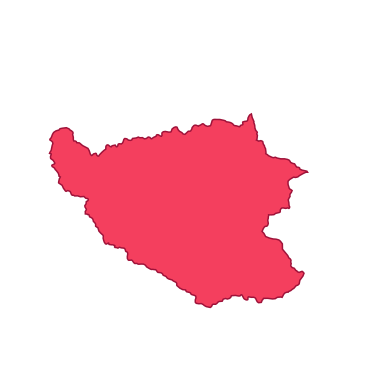 Chincheros, Apurímac, Peru (Albers equal-area conic projection), rotated 314°
{"feature_id": "86281439B64035093047752", "entity_name": "Chincheros", "entity_type": "district", "adm_level": 2, "iso_a3": "PER", "parent_name": "Peru", "parent_adm1": "Apurímac", "projection": "albers", "projection_center": [-73.672, -13.454], "detail": "fine", "context": "isolated", "style": "filled", "palette": "rose", "viewbox_px": 384, "rotation_deg": 314, "n_neighbors": 0, "source": "geoboundaries", "source_scale": "gbopen_adm2", "svg_char_len": 6071}
<svg xmlns="http://www.w3.org/2000/svg" viewBox="0 0 384 384"><g transform="rotate(314 192 192)"><path d="M289.4,180.5L287.7,180.0L286.2,180.2L284.1,180.9L282.7,182.0L281.6,182.3L280.7,182.0L279.5,180.9L277.7,179.9L277.0,180.3L276.2,181.5L275.6,181.7L273.5,180.6L272.4,181.0L271.9,180.8L270.5,178.1L269.3,176.4L269.1,175.6L269.3,173.7L268.8,171.7L267.8,169.9L266.4,168.0L266.3,166.4L265.7,165.2L263.6,161.8L259.5,157.4L258.4,156.9L257.6,156.8L253.3,159.0L252.5,159.2L250.3,157.8L249.8,157.2L249.0,155.2L248.9,152.9L248.5,152.3L247.9,152.0L245.6,151.5L244.7,150.9L243.9,150.9L242.8,148.4L241.9,147.5L241.0,147.2L238.5,147.3L237.2,148.1L235.1,148.6L234.6,148.5L233.1,147.1L228.6,146.9L227.6,145.4L227.7,143.4L227.0,140.9L227.2,138.6L228.2,136.3L228.0,135.7L227.3,134.9L225.8,134.2L223.5,133.9L220.9,135.1L220.4,135.0L219.0,133.8L217.0,130.7L215.4,129.5L213.9,129.3L213.3,129.6L211.8,131.1L210.9,131.3L210.4,130.8L209.8,128.1L209.0,127.1L208.3,126.9L207.0,127.4L204.6,126.4L202.3,126.0L201.9,125.3L202.0,123.8L201.4,122.6L200.7,122.2L198.8,122.0L197.2,120.8L196.7,118.6L194.8,116.8L194.2,115.2L192.2,114.4L189.2,112.0L187.5,112.5L186.4,111.9L185.1,110.2L185.1,108.8L184.7,107.7L183.8,106.5L182.6,106.4L180.5,107.5L178.9,108.0L177.5,107.8L176.1,106.1L175.3,105.7L174.8,105.8L173.6,106.6L172.4,106.6L172.0,106.1L172.4,104.1L169.8,102.4L168.4,102.5L167.8,101.4L167.7,99.3L167.1,98.4L166.7,98.2L166.0,98.1L165.0,98.4L162.9,100.2L160.9,99.8L158.0,99.6L154.4,99.6L153.3,99.9L152.7,99.7L152.4,99.2L152.3,98.2L153.1,96.5L153.0,95.9L151.0,94.7L148.9,94.7L148.4,94.3L148.6,92.6L150.3,89.4L151.1,86.9L149.4,81.1L149.1,76.9L147.4,74.8L147.9,73.7L147.6,72.7L146.6,71.4L147.6,69.8L148.5,69.1L149.4,67.9L150.4,66.2L151.8,65.5L152.3,64.7L152.3,62.8L151.9,61.5L152.0,59.7L151.0,57.0L147.8,54.4L145.9,53.1L143.9,53.2L143.0,52.5L141.2,51.6L138.7,51.1L136.6,51.6L133.3,53.0L131.2,53.1L130.7,53.9L131.1,55.3L131.1,56.8L130.2,58.3L128.5,59.0L124.1,61.8L122.1,62.2L120.8,62.7L121.6,64.2L121.4,64.5L119.0,65.7L117.9,67.1L118.3,70.1L117.7,72.8L117.3,73.4L116.7,73.5L114.0,72.6L113.5,72.9L113.2,73.8L113.7,76.4L113.1,78.2L113.2,79.1L112.7,82.5L111.7,84.6L111.0,85.2L111.4,86.8L110.7,87.1L109.3,87.4L106.3,89.3L105.9,89.8L106.6,93.9L105.4,96.9L104.8,100.4L105.1,101.0L106.8,101.7L107.6,103.6L107.6,104.4L106.4,107.1L106.5,108.1L107.4,109.1L107.7,110.4L109.8,112.4L111.0,115.0L113.7,117.4L113.7,119.9L114.8,121.5L114.7,122.3L114.3,122.9L113.7,123.0L113.1,123.1L111.7,122.6L109.9,124.0L107.7,124.4L106.9,125.4L106.2,128.0L105.2,128.5L103.9,128.7L102.1,130.5L103.2,131.9L103.3,132.7L103.9,133.2L104.0,133.7L103.0,135.6L103.7,137.7L103.7,139.1L103.3,140.1L102.3,141.6L102.4,143.0L102.0,144.9L100.4,146.5L100.9,149.2L99.2,152.2L99.0,154.8L99.1,157.9L98.8,158.7L97.0,160.2L95.7,162.3L94.9,164.0L94.6,165.8L95.1,166.6L97.2,167.3L97.3,167.7L96.8,168.3L96.7,168.8L97.9,170.5L99.0,171.7L99.8,173.6L99.6,174.0L98.7,174.4L98.6,175.1L99.6,176.4L100.2,177.7L101.5,178.0L102.0,178.4L102.6,179.8L104.4,182.1L104.4,183.7L103.4,185.2L103.3,185.8L103.7,186.6L103.6,187.8L102.8,188.8L100.5,190.4L99.2,191.8L98.8,193.4L99.0,194.0L101.1,195.9L101.2,196.9L100.7,199.3L100.9,200.6L102.4,202.0L102.6,203.2L103.1,203.9L104.9,205.5L106.5,207.3L107.0,209.4L106.6,211.3L107.4,214.8L108.0,216.5L109.3,217.7L109.7,218.5L110.8,219.7L110.9,220.5L110.5,222.4L110.5,223.3L112.3,225.7L112.6,226.7L112.6,227.8L112.1,229.1L113.2,231.9L112.9,234.2L113.3,235.7L114.9,238.7L115.0,240.3L115.9,243.2L115.7,244.5L114.4,245.7L114.2,246.2L114.4,250.1L115.3,253.1L117.1,255.4L116.6,256.4L116.5,257.4L118.1,260.1L118.3,261.1L117.9,261.9L118.0,263.0L119.3,265.5L119.7,267.0L118.6,268.4L116.7,269.3L115.2,270.7L114.9,271.2L114.9,272.4L116.4,274.6L118.2,276.2L118.8,278.1L118.9,279.8L119.5,281.9L121.6,285.3L123.1,285.6L125.2,284.9L126.0,285.2L127.7,287.0L129.1,287.3L130.8,287.2L132.0,287.5L134.3,289.5L134.6,289.6L136.5,288.9L137.0,289.1L138.7,290.1L139.6,291.8L141.6,292.9L143.2,293.0L144.8,292.4L147.8,295.1L149.5,297.7L150.4,298.6L151.0,298.8L151.9,298.7L152.4,298.9L152.6,299.6L151.5,303.1L151.4,304.0L152.0,305.9L152.9,306.8L153.4,306.9L154.9,305.6L155.5,305.4L155.8,305.5L157.7,308.1L159.0,309.3L159.5,310.3L159.7,311.5L158.7,314.1L158.4,315.2L158.5,316.4L158.7,316.9L160.7,318.5L161.5,318.3L162.7,317.6L163.8,317.7L165.1,317.3L168.1,320.3L171.0,324.2L173.1,326.0L175.1,326.4L176.0,326.9L178.3,329.0L178.8,330.0L182.2,329.0L184.1,329.0L185.9,329.9L186.8,330.8L187.7,330.7L189.6,331.5L192.2,331.8L193.2,332.2L197.1,332.0L198.4,332.8L200.4,332.9L203.4,330.9L208.6,330.2L211.4,329.0L211.6,326.7L211.1,326.1L208.6,324.9L208.1,323.8L207.9,322.9L208.1,322.1L207.7,321.1L208.2,318.6L207.2,316.5L207.4,314.7L207.9,313.9L209.3,313.2L210.2,311.7L211.7,310.6L212.1,309.2L211.9,307.3L212.8,305.0L213.7,296.8L217.5,293.0L218.0,289.9L217.9,288.0L217.5,287.1L216.5,285.3L214.6,283.0L212.7,279.8L211.1,275.9L212.2,272.5L212.3,269.8L215.3,268.7L217.0,268.4L218.0,268.5L219.5,269.6L220.9,269.5L222.4,268.7L224.4,266.0L226.1,265.1L227.2,264.1L228.5,263.4L228.8,263.0L230.7,265.0L232.7,266.7L234.7,267.0L238.0,269.1L238.8,269.3L239.7,268.7L240.2,268.1L241.6,267.6L242.7,267.7L243.8,268.5L245.3,270.8L247.1,271.9L247.5,273.1L248.1,273.2L249.1,272.7L249.7,271.2L251.6,269.1L253.2,266.7L255.5,265.9L256.8,265.7L257.7,264.6L258.6,264.0L260.9,263.7L262.6,263.0L262.4,261.4L262.1,260.6L262.2,259.4L264.2,255.8L266.0,254.0L266.7,253.6L268.9,253.6L272.8,254.6L273.4,254.9L274.2,256.2L275.6,257.2L276.6,257.7L278.5,257.9L283.0,259.3L285.3,260.2L286.5,261.4L286.8,260.2L284.1,255.8L283.4,253.6L284.0,252.7L283.9,251.8L282.6,249.8L283.5,246.2L282.5,244.5L281.8,242.4L282.2,241.2L282.4,239.8L281.8,238.1L280.2,235.6L277.6,232.9L275.6,229.7L274.9,227.8L273.2,226.7L272.5,225.4L271.2,221.6L271.3,220.5L270.8,218.4L271.8,217.8L274.3,214.7L274.8,213.0L275.5,212.1L276.1,209.8L277.4,207.9L277.4,207.4L276.8,205.9L274.7,204.4L274.7,203.6L274.1,202.3L275.3,201.9L278.3,199.6L278.6,198.4L278.9,198.1L280.1,197.7L280.5,196.9L280.6,194.8L281.2,194.1L281.5,193.1L283.6,190.7L285.1,187.9L285.7,187.6L287.4,183.5L289.4,180.5Z" fill="#f43f5e" stroke="#9f1239" stroke-width="1.5"/></g></svg>